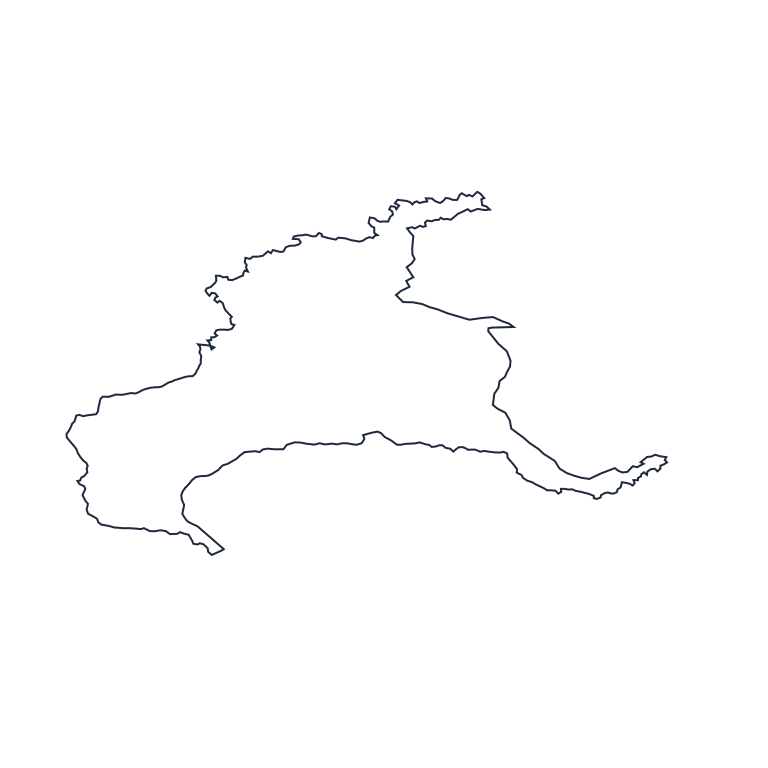 Matrinchã, Goiás, Brazil, rotated 105°
{"feature_id": "56859067B90631259832996", "entity_name": "Matrinchã", "entity_type": "district", "adm_level": 2, "iso_a3": "BRA", "parent_name": "Brazil", "parent_adm1": "Goiás", "projection": "equal_earth", "projection_center": [-50.792, -15.31], "detail": "fine", "context": "isolated", "style": "outline", "palette": "slate", "viewbox_px": 768, "rotation_deg": 105, "n_neighbors": 0, "source": "geoboundaries", "source_scale": "gbopen_adm2", "svg_char_len": 6062}
<svg xmlns="http://www.w3.org/2000/svg" viewBox="0 0 768 768"><g transform="rotate(105 384 384)"><path d="M381.6,92.4L382.3,98.6L382.2,103.9L384.8,106.8L386.4,111.0L393.1,115.9L393.9,112.6L398.9,118.1L399.0,122.4L405.9,126.1L407.7,130.7L407.3,134.9L405.5,139.2L414.4,151.5L422.6,161.1L423.5,169.4L423.4,176.3L422.7,184.4L420.3,192.5L414.1,199.1L410.1,211.9L406.9,217.7L403.2,228.5L399.8,235.1L394.2,249.5L386.7,253.0L380.3,259.4L378.5,267.8L376.1,273.4L364.8,274.9L358.2,272.5L351.2,273.1L345.8,269.0L340.7,268.3L334.5,266.8L328.8,267.8L320.5,273.9L315.7,283.8L306.0,297.0L303.1,297.5L301.6,294.4L295.4,273.6L293.3,279.0L292.8,285.8L291.1,296.0L294.7,306.0L299.8,318.1L299.3,340.5L298.0,351.9L298.0,359.8L296.9,367.7L297.6,377.1L299.9,386.8L295.0,395.4L289.8,391.8L283.5,384.5L278.7,389.2L273.3,383.3L265.3,392.3L260.2,388.3L255.3,386.7L251.5,390.1L245.9,391.8L238.6,393.1L233.6,393.9L230.7,398.3L227.7,402.0L225.3,397.5L225.8,394.5L221.9,390.3L222.1,386.8L220.6,384.5L217.7,386.2L215.0,384.7L214.5,380.1L212.5,377.4L211.2,373.5L208.7,372.2L209.5,369.1L208.2,365.6L208.0,361.9L200.6,356.7L196.4,351.7L193.5,348.4L194.9,344.8L193.0,342.1L190.6,338.9L190.3,335.2L189.8,331.3L188.1,326.9L186.0,331.0L185.9,335.3L182.6,336.8L180.3,337.8L178.5,335.3L175.2,340.2L174.3,343.7L177.0,345.3L180.0,347.1L179.3,350.9L181.1,352.6L180.4,355.5L179.6,358.2L182.1,360.0L184.8,360.3L187.3,361.1L188.4,365.4L187.9,369.1L188.4,372.6L191.8,374.1L194.6,376.6L194.4,380.2L193.7,383.0L192.4,385.5L193.8,391.6L196.5,389.5L198.0,393.2L200.0,396.4L199.1,399.5L200.6,401.7L203.2,403.1L201.7,405.6L201.3,409.6L202.6,418.6L206.5,420.3L207.7,415.6L212.0,417.3L209.9,419.4L210.5,423.4L213.9,424.2L215.1,420.8L218.0,419.2L220.8,421.2L226.1,422.1L227.2,426.9L228.3,429.5L228.1,432.5L226.4,436.2L226.8,440.8L229.0,440.7L232.4,440.6L234.9,437.0L235.5,433.9L240.6,432.5L241.9,428.8L243.2,431.3L245.8,432.3L246.0,436.2L248.2,439.1L250.7,441.1L252.8,444.5L253.2,449.1L253.6,453.4L253.3,458.7L254.5,466.0L257.0,468.0L257.5,475.6L257.4,482.2L255.3,483.0L255.0,486.0L258.8,487.9L259.9,491.3L259.8,497.7L261.6,501.8L263.0,505.8L264.9,509.3L267.4,509.6L266.2,503.9L268.6,501.1L271.0,502.1L273.4,505.9L274.8,510.7L277.3,514.2L282.1,515.5L283.3,518.3L283.4,526.0L286.9,527.1L285.9,530.4L288.2,532.0L291.5,534.2L293.6,538.7L295.0,543.8L297.8,545.7L298.0,550.5L302.5,549.9L304.7,547.4L307.1,547.5L310.6,544.6L310.5,547.9L313.4,548.6L315.7,548.2L317.8,551.1L320.6,554.3L323.1,557.8L323.6,561.5L321.1,562.9L322.6,567.0L321.9,570.6L322.9,574.4L327.5,572.7L329.7,573.2L335.2,576.5L337.6,580.0L340.0,580.6L342.2,578.3L344.0,575.4L340.5,573.9L340.2,570.4L342.5,567.4L344.3,569.3L346.6,569.6L348.5,566.0L346.2,564.4L347.6,560.7L351.1,558.5L353.5,556.6L356.3,552.2L358.5,548.4L360.7,549.4L363.2,548.3L365.5,547.1L365.7,543.8L370.2,545.3L372.2,548.9L372.8,552.1L373.9,556.4L375.6,559.9L379.0,560.7L380.4,557.8L382.8,560.1L383.6,562.9L386.3,562.3L387.6,565.8L389.5,563.1L391.9,561.9L392.9,568.0L393.8,573.8L395.5,571.4L398.0,570.3L401.0,570.6L404.4,567.7L408.4,567.2L411.7,566.3L414.4,567.2L416.8,567.4L419.2,568.2L422.8,568.8L425.9,570.8L427.1,574.7L428.5,577.7L432.2,583.5L434.6,587.4L436.4,589.3L438.2,592.3L441.1,595.2L443.7,597.6L445.5,600.9L446.2,603.8L448.2,608.9L449.6,611.3L451.1,613.9L452.8,616.1L454.8,618.1L457.4,621.4L458.3,626.2L460.4,630.3L462.1,633.8L463.7,640.5L467.4,646.1L469.1,652.4L471.4,653.9L474.0,654.1L476.2,653.8L479.8,653.8L484.4,653.2L487.6,654.2L488.7,656.6L490.9,662.2L492.9,666.2L492.7,670.5L494.2,673.1L497.8,673.1L500.1,673.2L502.9,674.9L508.3,675.6L511.4,676.5L514.5,677.7L517.6,676.7L520.8,672.3L524.0,667.5L526.5,664.3L529.9,661.9L533.3,658.2L535.9,654.5L537.4,651.0L539.7,649.0L542.6,649.3L546.2,647.7L548.3,648.8L550.5,649.7L552.8,652.2L555.8,652.5L557.0,655.0L559.4,652.4L560.4,647.1L562.9,645.3L565.8,645.9L569.4,646.4L572.6,643.6L574.4,641.8L576.3,639.0L578.6,638.8L582.3,638.8L585.9,636.2L586.6,633.2L587.5,629.3L588.6,626.2L591.5,624.2L593.0,620.6L592.3,612.9L592.4,607.3L591.6,603.3L590.7,598.2L589.1,592.3L588.4,588.8L587.7,585.0L587.1,581.3L585.4,578.6L586.7,572.0L585.6,567.4L583.2,562.2L582.5,556.9L584.4,551.8L582.2,544.9L579.9,542.7L580.3,538.2L580.2,533.6L585.0,528.8L587.7,526.7L587.2,522.4L585.5,520.7L585.5,516.9L588.3,511.8L591.6,510.4L593.7,506.1L587.1,498.0L585.0,496.0L569.8,527.1L568.9,532.3L567.6,538.3L564.4,542.4L561.6,545.2L552.7,545.7L547.9,549.4L544.1,551.0L540.1,550.7L536.3,549.4L531.6,546.8L526.3,544.4L522.5,541.6L520.4,537.2L519.4,533.6L518.0,530.2L515.6,527.1L509.6,521.5L507.2,520.5L504.3,518.6L501.5,514.2L494.5,507.2L490.2,504.5L485.9,501.0L482.3,491.3L482.0,486.6L478.7,484.2L476.6,479.8L475.4,472.8L473.1,464.3L467.9,462.1L463.4,455.0L462.1,449.1L461.8,443.7L460.6,435.7L457.9,430.8L457.6,425.2L455.1,418.9L454.4,413.5L452.2,409.4L450.8,404.4L450.4,398.5L449.7,394.6L447.2,390.5L444.9,389.5L441.8,388.8L438.8,391.0L434.1,383.0L431.7,377.9L432.1,374.4L435.0,369.6L436.6,362.8L439.3,355.7L438.2,351.7L436.5,348.3L433.3,338.6L431.2,334.4L431.5,327.9L431.1,324.7L432.4,321.6L430.9,317.7L429.0,315.1L428.0,311.7L429.7,308.1L429.4,303.0L431.4,299.6L429.0,298.0L425.8,295.5L424.6,291.4L425.0,288.4L425.8,285.6L424.8,282.8L423.8,279.0L424.5,273.6L422.7,269.8L422.2,264.9L421.3,258.8L420.0,253.6L418.6,251.3L419.1,247.2L423.2,245.5L426.7,240.3L429.0,237.0L431.9,233.4L435.2,232.9L436.4,227.4L438.5,225.8L440.3,220.7L440.5,215.7L441.7,211.3L442.3,207.8L442.9,204.7L443.5,201.7L444.5,199.0L443.5,195.6L442.7,190.8L444.8,187.2L442.3,184.9L439.5,186.0L438.4,181.9L438.3,178.8L437.0,174.8L437.6,171.3L437.2,165.7L437.2,161.6L437.1,157.9L437.8,152.3L440.0,151.8L439.9,148.5L437.5,145.4L435.2,145.6L432.3,142.6L430.8,139.7L431.0,136.4L430.3,133.6L428.2,131.1L425.3,131.1L422.6,128.7L420.1,128.7L417.3,128.8L416.8,124.2L416.8,120.5L417.8,117.6L415.1,116.2L412.3,118.2L411.2,113.8L408.9,114.3L406.8,111.9L404.6,112.1L402.0,110.1L403.7,106.5L400.4,106.9L397.0,103.9L395.8,100.5L397.6,97.2L394.2,95.1L391.4,95.9L389.3,93.0L386.5,90.3L384.7,93.1L381.6,92.4ZM391.9,561.9L392.6,557.4L395.2,559.6L391.9,561.9Z" fill="none" stroke="#1e293b" stroke-width="2"/></g></svg>